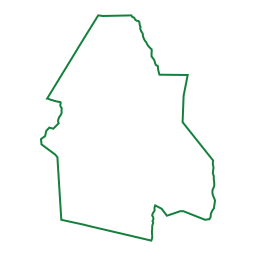 Nsoc Nsomo, Kié-Ntem, Equatorial Guinea (Natural Earth projection)
{"feature_id": "11065452B43435483695389", "entity_name": "Nsoc Nsomo", "entity_type": "district", "adm_level": 2, "iso_a3": "GNQ", "parent_name": "Equatorial Guinea", "parent_adm1": "Kié-Ntem", "projection": "natural_earth1", "projection_center": [11.077, 1.936], "detail": "fine", "context": "isolated", "style": "outline", "palette": "green", "viewbox_px": 256, "rotation_deg": 0, "n_neighbors": 0, "source": "geoboundaries", "source_scale": "gbopen_adm2", "svg_char_len": 2562}
<svg xmlns="http://www.w3.org/2000/svg" viewBox="0 0 256 256"><path d="M151.5,52.9L151.7,52.1L151.7,50.7L151.7,49.7L151.6,49.3L150.9,48.8L150.9,48.7L149.5,47.3L149.4,47.2L147.7,45.2L145.9,41.7L145.4,41.4L144.7,40.2L144.0,39.0L144.0,38.9L143.9,38.8L143.0,36.4L143.0,36.1L142.7,33.6L141.9,32.3L141.3,31.5L141.3,31.4L141.2,31.3L140.3,29.0L140.2,28.8L140.2,28.6L140.2,28.4L140.2,28.2L140.6,27.0L140.0,26.0L139.9,25.8L139.9,25.6L139.7,24.3L139.3,22.1L138.5,21.0L137.0,20.8L136.8,20.7L136.6,20.6L135.3,19.8L135.2,19.6L135.0,19.4L134.5,18.2L133.8,17.4L132.8,17.2L132.7,17.2L132.4,17.0L132.4,16.9L131.3,15.4L102.4,16.0L100.8,15.7L98.2,15.4L94.5,21.4L84.8,37.0L84.3,37.7L83.9,38.5L83.4,39.2L83.0,40.0L82.9,40.1L77.6,48.7L77.6,48.8L70.3,60.7L69.7,61.7L47.2,98.5L47.3,98.5L48.2,98.8L50.5,99.7L51.8,100.0L52.9,100.3L54.0,100.8L55.3,101.0L56.2,101.3L56.3,101.3L58.3,101.8L59.4,101.9L60.2,102.0L60.3,102.1L60.7,102.8L60.7,103.0L60.7,103.5L60.5,103.9L60.5,104.1L60.4,104.3L60.3,105.3L60.4,105.6L60.4,105.9L61.0,107.2L61.1,107.4L61.2,107.5L61.7,108.0L61.7,108.3L61.7,109.1L61.6,109.9L61.5,110.4L61.5,110.6L61.5,110.9L61.6,112.4L61.6,113.1L61.4,113.6L60.9,114.7L60.5,115.4L60.1,115.9L59.8,116.2L59.8,116.3L59.7,116.4L59.1,117.4L59.0,117.5L58.6,118.8L58.2,119.8L58.2,120.1L58.1,120.3L58.1,121.4L58.2,121.6L58.5,123.2L58.6,123.3L53.3,128.7L49.3,127.6L46.4,130.7L45.9,132.1L45.2,136.0L41.0,139.1L41.5,144.4L55.2,154.6L57.4,157.2L61.3,219.8L83.0,224.5L91.0,226.5L151.3,240.6L152.2,237.9L152.2,237.7L152.2,235.5L152.2,235.4L152.0,233.3L151.9,231.4L152.2,229.2L152.2,226.7L152.4,225.2L153.2,222.8L153.2,222.6L153.2,222.4L153.1,222.2L152.5,221.0L153.3,219.7L153.4,219.4L153.4,219.2L153.2,217.2L153.0,216.8L152.2,215.6L152.5,214.0L153.2,212.7L154.5,210.7L154.6,210.4L154.6,210.2L154.5,208.4L154.7,206.8L155.2,205.4L161.6,208.7L166.9,215.7L172.7,213.8L180.1,211.2L183.4,211.2L205.1,219.8L209.1,219.1L209.4,219.2L210.6,217.0L210.9,213.7L212.4,210.4L213.9,208.4L214.4,204.8L214.8,202.2L215.0,200.4L213.9,197.5L213.6,196.9L212.9,195.3L212.4,192.6L212.5,190.2L213.3,188.2L214.2,186.2L214.3,184.1L214.1,181.4L213.7,178.3L213.8,176.1L212.8,173.3L213.1,170.8L213.3,169.2L213.5,167.7L213.3,166.3L212.8,164.2L212.9,162.1L213.1,160.5L182.6,122.2L183.6,95.9L187.7,75.0L159.5,74.7L159.2,73.9L158.8,72.2L158.7,72.1L158.1,69.2L158.0,67.1L157.6,65.7L156.4,65.4L156.1,65.2L155.9,65.0L155.8,64.8L155.2,63.5L155.2,63.4L154.6,61.1L154.0,59.6L152.9,58.3L152.9,58.2L151.7,56.6L151.5,56.3L151.5,56.2L151.5,55.9L151.5,55.7L151.6,54.8L151.5,53.2L151.5,52.9Z" fill="none" stroke="#15803d" stroke-width="2"/></svg>